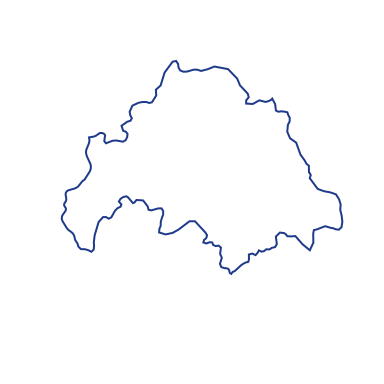 map outline of Kaduna (Albers equal-area conic projection), rotated 324°
{"feature_id": "NGA-2864", "entity_name": "Kaduna", "entity_type": "State", "adm_level": 1, "iso_a3": "NGA", "parent_name": "Nigeria", "parent_adm1": "", "projection": "albers", "projection_center": [7.395, 10.247], "detail": "fine", "context": "isolated", "style": "outline", "palette": "blue", "viewbox_px": 384, "rotation_deg": 324, "n_neighbors": 0, "source": "natural_earth", "source_scale": "10m", "svg_char_len": 3027}
<svg xmlns="http://www.w3.org/2000/svg" viewBox="0 0 384 384"><g transform="rotate(324 192 192)"><path d="M311.8,163.6L310.9,169.8L307.8,175.4L309.0,177.8L311.8,179.3L314.0,181.3L316.0,183.6L315.1,186.3L314.7,189.4L312.4,192.4L309.1,194.0L304.5,199.2L302.9,206.2L305.3,213.3L301.7,225.6L301.7,232.8L301.2,236.4L302.0,239.5L298.2,244.8L298.3,246.4L298.0,248.1L295.4,250.0L295.5,263.4L299.2,268.9L303.6,273.5L307.1,278.5L306.7,284.2L304.9,289.5L301.5,293.5L299.1,299.2L296.2,304.4L292.2,308.4L288.6,308.8L286.3,306.6L285.1,304.5L283.3,302.7L279.6,297.9L271.2,295.7L268.2,294.5L265.7,296.8L260.4,304.3L253.1,308.4L250.7,299.3L249.7,288.4L246.1,286.2L243.1,283.8L243.1,281.4L242.3,279.3L239.3,276.5L233.6,277.4L230.0,284.0L226.9,285.4L223.7,284.1L222.2,284.1L220.6,283.8L218.4,282.0L215.4,282.2L213.2,281.1L211.8,278.6L209.2,279.8L206.3,280.4L204.6,277.3L201.3,276.0L198.4,280.1L196.4,281.6L194.0,280.6L191.5,280.2L188.9,280.1L180.1,281.1L177.9,280.6L175.6,281.3L175.0,279.8L176.1,276.9L176.2,275.6L174.7,273.5L173.5,272.8L171.6,269.9L172.4,266.5L177.4,262.8L177.9,261.0L178.2,259.1L179.2,257.6L180.5,256.4L182.7,254.0L182.1,251.1L179.3,249.6L178.0,247.3L178.7,244.7L176.8,243.0L173.4,242.1L171.5,239.5L173.5,237.9L176.4,237.7L178.8,235.8L179.0,232.4L177.2,217.4L172.8,214.2L159.1,214.5L152.3,213.7L145.7,210.8L141.6,205.4L143.8,202.8L146.8,200.9L149.2,197.8L152.2,195.4L155.3,193.4L157.5,190.5L157.7,187.3L155.0,185.4L148.4,183.0L146.4,180.9L147.7,177.6L147.5,170.1L142.4,165.8L139.2,166.7L137.7,166.3L137.1,158.7L136.4,156.9L133.5,155.7L130.2,155.5L127.2,156.8L127.6,160.5L125.6,161.9L122.0,161.3L118.5,162.0L111.8,165.1L108.9,164.6L107.7,161.7L105.3,160.0L98.8,161.4L87.8,169.8L83.0,175.0L81.0,178.2L78.6,180.8L75.4,181.2L73.9,178.1L71.6,175.2L68.6,173.0L68.0,169.8L68.4,168.0L69.0,166.8L69.1,165.6L69.2,163.1L69.4,161.9L70.7,158.8L71.2,156.7L71.2,155.6L71.1,154.5L69.6,149.7L69.5,147.4L70.1,139.6L70.8,137.2L72.7,135.1L74.5,134.3L78.7,132.9L80.1,131.6L80.5,130.4L80.5,129.2L80.6,128.0L81.3,126.8L82.3,126.1L84.5,125.3L85.4,124.7L86.5,123.3L88.2,119.8L89.4,118.5L91.2,117.8L93.1,118.0L99.1,120.2L101.2,120.6L103.3,120.6L109.3,118.9L110.3,118.8L111.8,118.9L112.6,118.8L113.4,118.4L121.2,115.4L122.8,114.4L124.2,113.2L125.4,111.6L126.3,109.6L128.0,101.1L129.1,98.3L130.9,96.0L137.4,91.9L139.3,90.1L140.8,87.3L145.0,89.4L147.2,90.0L152.1,90.1L154.1,91.5L155.2,93.8L154.8,95.5L153.4,96.6L150.9,99.4L151.0,102.0L157.7,103.8L160.9,105.7L165.7,110.7L168.8,111.1L171.8,109.5L174.0,107.1L173.9,104.4L172.3,102.0L173.9,97.0L180.9,97.1L184.2,98.2L186.7,96.9L187.2,93.5L188.7,90.5L194.5,87.1L201.2,88.4L204.7,90.0L207.9,92.3L209.7,94.8L212.3,95.9L219.8,92.9L222.9,88.0L229.2,87.4L240.0,79.3L252.9,75.2L256.2,76.7L256.0,80.3L254.3,83.3L253.9,86.7L255.8,89.7L258.8,91.7L265.3,94.0L268.3,96.3L270.5,99.4L276.9,101.9L283.9,103.7L293.4,113.8L295.2,126.8L293.5,134.0L294.9,145.2L293.6,148.7L289.7,149.7L287.8,152.3L292.9,156.5L300.3,157.4L304.3,162.2L306.1,163.1L309.9,164.0L311.8,163.6Z" fill="none" stroke="#1e3a8a" stroke-width="2"/></g></svg>